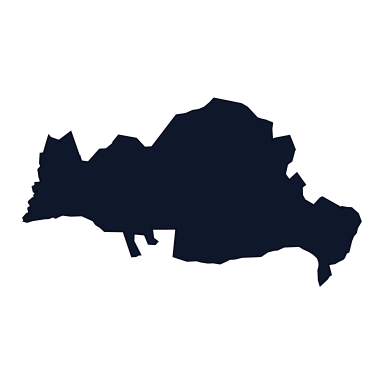 the district of Mikang, Plateau, Nigeria
{"feature_id": "59680162B72495617993590", "entity_name": "Mikang", "entity_type": "district", "adm_level": 2, "iso_a3": "NGA", "parent_name": "Nigeria", "parent_adm1": "Plateau", "projection": "orthographic", "projection_center": [9.594, 9.02], "detail": "fine", "context": "isolated", "style": "filled", "palette": "ink", "viewbox_px": 384, "rotation_deg": 0, "n_neighbors": 0, "source": "geoboundaries", "source_scale": "gbopen_adm2", "svg_char_len": 2194}
<svg xmlns="http://www.w3.org/2000/svg" viewBox="0 0 384 384"><path d="M320.2,285.6L327.4,278.8L329.0,276.1L331.1,274.8L328.4,264.5L334.9,263.4L339.4,260.8L342.8,259.3L344.3,257.7L346.3,253.0L348.7,251.9L351.4,240.8L352.4,238.5L353.3,236.0L356.1,232.9L357.2,228.0L357.3,227.7L361.0,221.5L358.1,213.7L351.6,207.9L347.5,207.8L342.1,206.8L342.5,208.4L322.3,197.1L320.3,198.1L313.8,205.2L304.8,199.9L302.3,195.4L302.0,187.1L305.3,184.7L301.7,179.8L296.9,173.0L289.3,180.0L285.1,174.2L287.3,164.2L291.7,161.0L294.6,150.1L295.1,149.7L289.6,135.6L274.6,138.5L272.4,140.0L271.6,128.9L272.4,123.0L265.4,120.2L261.6,119.4L257.3,118.0L247.4,107.4L241.5,103.9L214.1,98.4L213.8,98.4L210.2,102.5L204.4,107.3L198.8,109.7L192.7,110.7L185.5,113.8L176.3,115.1L151.9,147.0L144.7,147.5L136.3,138.5L118.6,135.3L113.1,142.1L112.8,143.6L106.3,149.0L99.6,149.4L88.3,162.1L81.4,161.2L80.1,157.1L79.9,157.8L70.8,131.7L59.0,140.6L50.5,137.6L48.8,135.4L47.0,141.2L44.9,148.5L43.6,153.1L40.4,153.5L39.9,161.0L39.8,163.2L41.0,166.4L38.1,169.5L38.7,173.0L39.1,176.7L40.6,181.2L39.5,182.5L35.1,182.7L35.2,185.4L32.4,186.7L33.5,191.7L34.7,192.2L36.2,190.9L37.2,191.0L37.0,192.1L35.5,192.9L33.9,195.6L34.4,196.9L34.1,197.9L32.6,198.0L28.9,201.3L28.5,202.4L30.5,205.5L30.3,206.7L28.2,207.8L28.0,209.0L28.9,211.5L27.9,213.8L26.7,213.7L23.0,217.8L24.1,220.5L23.6,221.1L27.0,222.1L32.5,220.4L44.8,218.5L48.9,218.3L52.9,216.7L55.7,218.0L58.4,216.5L62.5,214.9L70.8,215.9L76.3,215.7L81.8,215.5L90.2,219.3L93.0,220.5L95.9,224.6L100.2,227.2L104.5,231.2L123.4,231.5L131.8,256.5L135.9,256.3L138.6,254.8L140.5,254.7L133.6,241.2L133.9,233.7L144.6,234.7L148.5,244.0L155.2,244.3L157.7,241.5L153.4,238.4L152.2,229.0L158.3,229.0L158.6,229.0L176.1,228.9L173.3,256.5L187.0,261.0L191.1,260.8L196.6,260.5L200.7,261.7L200.8,261.7L207.7,262.8L213.2,262.6L220.1,263.7L226.9,260.6L229.6,259.1L235.1,258.8L241.9,257.1L251.5,256.7L251.8,256.7L258.3,256.4L261.1,256.2L267.7,251.7L274.5,250.0L277.3,249.9L284.0,246.8L288.1,246.6L293.6,246.4L299.1,246.1L303.4,248.7L309.0,251.3L313.2,253.9L314.7,255.2L317.6,257.9L319.1,262.0L319.3,266.2L318.1,270.4L318.3,273.2L318.6,280.1L319.4,282.9L320.2,285.6Z" fill="#0f172a" stroke="#020617" stroke-width="1.5"/></svg>